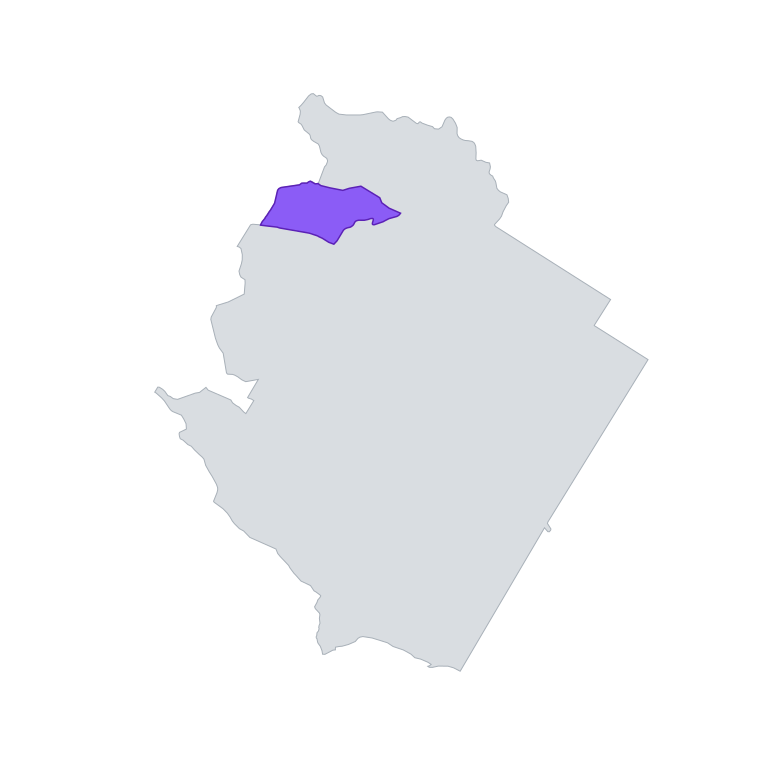 Eastern Darfur highlighted on a map of Sudan, rotated 122°
{"feature_id": "SDN-5857", "entity_name": "Eastern Darfur", "entity_type": "State", "adm_level": 1, "iso_a3": "SDN", "parent_name": "Sudan", "parent_adm1": "", "projection": "albers", "projection_center": [26.343, 11.27], "detail": "fine", "context": "in_parent", "style": "filled", "palette": "violet", "viewbox_px": 768, "rotation_deg": 122, "n_neighbors": 0, "source": "natural_earth", "source_scale": "10m", "svg_char_len": 4961}
<svg xmlns="http://www.w3.org/2000/svg" viewBox="0 0 768 768"><g transform="rotate(122 384 384)"><path d="M512.4,574.1L506.5,574.2L505.8,572.8L505.8,568.9L506.4,565.9L508.4,561.2L507.8,558.6L508.1,555.0L506.4,550.9L491.8,539.3L488.9,536.0L481.2,533.2L482.4,529.8L478.7,505.4L480.2,502.5L480.6,498.2L480.4,494.4L482.1,488.1L482.3,485.5L467.1,485.6L467.0,488.3L467.8,491.3L467.8,492.5L446.7,493.0L455.3,502.5L455.8,506.7L455.4,511.9L455.6,515.3L456.1,517.5L458.5,521.8L458.4,522.6L457.9,523.6L443.1,536.7L440.7,542.7L438.8,545.8L434.5,551.2L421.0,565.1L418.8,566.0L408.4,566.7L407.3,567.0L406.5,567.7L406.1,567.5L397.0,559.6L381.8,550.2L371.9,555.3L369.2,557.2L369.2,561.8L367.8,564.2L365.1,566.8L357.7,568.6L353.9,570.0L349.4,572.7L344.9,577.1L344.6,579.3L345.1,581.4L319.7,581.5L318.0,579.9L314.3,572.7L311.7,573.1L288.5,572.4L285.2,573.1L278.5,576.1L275.2,576.6L271.8,575.2L259.6,561.0L256.9,559.3L254.2,555.9L251.6,554.4L250.7,553.3L250.4,551.8L250.5,548.6L249.6,546.7L247.7,546.2L231.4,549.5L229.0,549.1L225.6,549.7L224.4,550.3L223.0,552.1L222.8,556.0L222.3,558.0L221.1,560.1L216.4,564.9L215.3,567.0L215.5,572.4L215.2,575.1L214.5,576.3L212.4,578.3L211.7,579.5L210.8,586.3L208.3,590.4L207.6,591.9L207.5,594.9L207.1,595.8L199.6,598.1L196.8,599.6L195.1,601.9L194.7,602.8L191.5,602.0L187.5,601.4L179.7,600.6L176.6,599.5L175.2,597.8L175.7,593.7L174.9,592.8L173.7,592.1L172.9,590.3L173.1,588.1L177.2,583.4L178.1,580.8L179.2,568.9L179.0,565.2L175.8,558.5L168.5,546.8L166.7,544.5L157.5,534.9L156.5,533.5L154.3,529.4L156.8,520.6L157.0,518.2L156.4,515.6L154.1,513.7L152.0,513.5L149.3,511.1L147.5,510.0L146.0,507.9L144.9,505.0L145.8,494.6L145.3,493.2L143.0,492.8L142.4,492.0L142.6,490.0L141.4,484.1L140.0,479.2L140.8,476.5L138.9,472.8L135.1,471.1L127.8,472.2L125.5,472.0L123.9,471.3L122.8,469.9L122.3,468.3L122.8,465.9L125.0,461.5L127.7,457.9L133.0,454.7L134.4,453.0L135.3,451.0L135.4,448.8L135.1,446.4L134.5,444.3L133.0,441.4L131.6,438.0L131.6,435.8L132.4,434.1L133.8,432.2L139.1,428.4L144.5,425.3L145.4,424.2L145.1,422.9L142.7,420.2L142.0,415.1L140.6,411.6L143.4,408.9L145.4,408.0L148.6,407.2L149.8,406.1L150.2,404.0L150.1,402.0L151.3,400.4L152.8,397.2L154.0,395.8L158.2,392.0L159.1,389.6L159.4,387.2L158.4,380.0L160.8,377.0L163.8,374.6L168.1,374.8L174.8,374.3L179.4,373.3L182.7,373.4L190.1,374.8L190.9,374.2L191.3,372.3L192.3,236.6L222.7,236.8L223.1,236.6L223.4,173.0L414.0,171.9L415.6,171.6L418.5,165.6L419.7,165.2L421.7,165.5L422.4,166.8L420.9,171.7L587.2,167.2L587.8,174.5L589.4,180.2L594.4,188.4L598.6,192.7L600.1,195.1L600.3,196.2L600.2,197.3L598.9,196.1L596.8,195.4L596.7,199.3L597.9,207.2L599.8,212.8L598.8,218.0L599.3,226.7L601.8,237.2L601.6,243.9L605.7,259.5L609.4,268.1L611.4,270.2L613.5,271.3L617.6,271.9L623.7,276.1L628.6,280.6L630.4,283.0L632.8,285.6L634.3,285.0L635.2,284.3L636.9,286.4L644.5,290.8L645.7,292.9L643.1,295.2L640.2,299.0L638.8,302.5L638.0,303.6L635.6,305.8L635.2,306.9L634.2,307.6L633.0,307.7L630.5,309.0L628.2,308.7L625.9,309.4L625.1,310.3L623.2,311.1L620.8,311.5L617.0,314.6L613.6,316.1L612.5,317.3L610.9,323.2L609.7,324.8L604.7,325.1L602.2,325.7L598.8,325.2L597.2,325.3L596.8,326.6L596.4,331.6L596.5,333.7L593.9,339.5L595.1,350.0L592.7,358.1L592.3,359.9L589.8,366.3L588.4,368.7L585.3,380.6L584.1,384.2L581.2,388.2L585.2,416.4L583.0,425.1L583.3,429.9L581.7,436.9L580.5,440.2L578.3,444.2L576.5,448.6L575.1,454.4L574.3,465.3L573.8,466.4L564.8,468.0L562.0,468.9L560.1,470.1L557.8,473.0L553.4,480.8L551.1,485.6L547.5,492.1L543.2,496.8L542.4,499.1L541.7,503.2L540.3,509.8L538.9,514.5L539.3,518.2L538.1,524.7L538.4,527.8L536.9,529.6L534.8,531.4L533.4,531.8L526.9,527.7L522.6,530.8L519.9,535.1L517.8,539.3L519.3,548.3L519.3,550.2L518.7,552.4L514.7,561.3L513.6,565.3L512.4,572.4L512.4,574.1Z" fill="#d9dde1" stroke="#a8b0b8" stroke-width="1"/><path d="M276.0,576.9L274.1,576.7L273.3,576.3L271.9,575.4L265.9,568.3L259.9,561.2L257.4,560.3L257.0,559.8L256.6,559.3L254.7,556.1L254.5,555.9L254.4,555.8L254.2,555.6L253.2,555.3L252.7,555.1L251.6,554.4L251.3,554.2L251.1,554.0L251.1,553.9L251.0,553.7L250.8,548.7L250.7,548.3L250.5,548.1L249.2,546.3L249.0,546.2L249.2,542.7L246.3,533.8L241.6,521.5L236.4,517.1L228.5,508.4L228.3,486.3L231.5,481.9L232.2,472.9L230.4,460.5L231.8,460.6L233.2,460.9L234.2,461.4L235.1,461.9L241.1,467.4L245.3,469.9L246.8,470.7L253.7,476.3L254.3,476.9L254.6,477.6L254.7,478.2L254.4,478.7L253.7,479.1L250.9,479.9L250.2,480.2L249.9,480.4L249.7,480.7L249.6,481.3L250.0,481.9L250.8,483.0L252.9,484.7L255.5,487.4L258.6,492.4L260.2,493.9L261.4,494.4L262.6,494.5L263.5,494.4L264.6,494.3L265.9,494.4L267.8,495.1L268.8,495.7L269.4,496.2L270.8,497.7L272.5,499.0L273.9,499.6L275.1,499.9L287.5,499.7L292.0,500.6L293.1,505.9L293.1,513.7L293.6,517.4L293.6,518.8L295.7,527.4L307.0,555.2L307.6,557.8L312.5,568.1L314.7,572.9L314.4,573.0L313.9,573.1L310.7,573.3L306.6,572.7L306.4,572.7L305.8,572.9L305.6,572.9L303.0,572.6L298.4,572.6L296.9,572.4L288.7,572.6L276.3,576.8L276.0,576.9Z" fill="#8b5cf6" stroke="#5b21b6" stroke-width="1.5"/></g></svg>